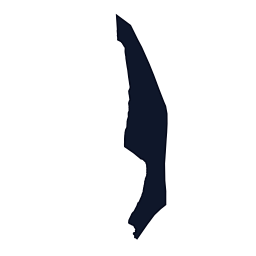 Makanza, Équateur, Democratic Republic of the Congo, rotated 126°
{"feature_id": "63176286B16264123188485", "entity_name": "Makanza", "entity_type": "district", "adm_level": 2, "iso_a3": "COD", "parent_name": "Democratic Republic of the Congo", "parent_adm1": "Équateur", "projection": "albers", "projection_center": [19.154, 1.264], "detail": "fine", "context": "isolated", "style": "filled", "palette": "ink", "viewbox_px": 256, "rotation_deg": 126, "n_neighbors": 0, "source": "geoboundaries", "source_scale": "gbopen_adm2", "svg_char_len": 2767}
<svg xmlns="http://www.w3.org/2000/svg" viewBox="0 0 256 256"><g transform="rotate(126 128 128)"><path d="M144.9,119.7L144.6,109.1L145.2,99.2L144.9,98.9L144.8,98.7L144.7,98.2L144.5,97.6L144.7,96.0L145.1,93.2L145.7,92.7L146.0,92.3L146.0,92.2L146.6,91.2L147.8,90.3L148.6,89.6L149.7,88.6L150.2,88.4L150.6,88.1L151.7,87.2L152.8,86.6L153.6,85.7L154.4,85.4L154.5,85.4L154.8,85.2L155.2,84.8L156.5,84.5L157.7,84.2L158.6,84.0L158.8,83.9L158.9,83.7L160.6,83.1L161.7,82.7L161.8,82.6L162.4,82.0L162.5,82.1L164.2,81.2L164.4,81.2L164.6,81.1L165.2,80.9L165.6,80.5L165.7,80.4L166.2,80.4L169.8,78.6L169.8,78.4L170.6,77.9L170.7,78.0L170.9,78.0L173.6,77.3L174.1,77.0L174.3,76.9L175.0,76.7L176.9,76.3L178.0,76.1L179.5,75.7L180.7,75.5L181.2,75.4L182.3,75.4L182.4,75.5L182.6,75.7L183.1,75.6L185.8,74.8L187.0,74.6L188.7,74.4L190.4,74.1L190.5,74.0L191.1,74.0L192.3,73.9L193.0,74.1L193.5,74.2L195.0,74.2L195.4,74.2L197.0,73.8L197.5,73.7L199.2,73.4L202.0,72.9L204.1,71.7L204.4,71.0L204.1,69.8L204.0,69.3L203.8,67.5L203.4,66.6L203.3,66.1L204.3,64.4L204.6,63.5L205.0,62.4L205.4,61.9L205.7,61.6L206.0,61.6L206.7,61.5L207.3,60.8L207.4,60.7L207.6,60.5L208.2,60.5L209.5,61.6L209.9,61.6L210.5,61.1L210.6,59.6L210.9,59.3L211.2,58.9L212.4,58.3L212.5,58.0L212.2,57.5L212.1,57.2L212.2,55.7L203.7,55.9L194.3,56.1L190.3,56.0L186.1,56.0L182.6,55.9L174.0,54.3L170.1,53.2L167.9,52.6L161.3,57.4L157.0,60.5L149.0,67.5L135.3,77.8L130.8,80.6L119.7,87.6L114.8,90.7L109.3,94.1L101.7,99.1L93.7,105.0L88.4,110.5L86.1,114.4L78.7,125.9L70.8,137.8L64.1,148.5L54.8,164.6L51.1,172.2L43.7,186.3L43.5,203.4L54.1,194.6L54.5,194.3L55.0,194.0L55.1,193.9L55.5,193.8L57.9,191.7L58.5,191.2L59.2,190.9L59.6,190.5L60.0,190.1L60.6,189.5L61.0,189.2L61.6,188.7L61.9,188.5L62.6,188.1L62.0,184.2L62.3,183.6L62.4,182.8L62.4,182.3L62.7,181.6L62.9,181.6L63.1,181.0L64.1,178.7L64.2,178.3L64.4,177.4L66.0,176.3L67.4,175.4L68.6,174.4L69.7,173.3L70.6,172.4L71.4,171.5L72.6,170.6L76.8,166.5L79.2,164.1L80.9,162.3L86.5,157.1L89.3,154.3L91.6,152.1L92.9,150.7L93.6,150.1L94.6,149.6L95.7,149.3L96.4,149.2L97.2,149.1L97.8,148.8L98.8,147.9L99.7,147.1L100.5,146.1L101.1,145.6L101.9,144.8L102.7,144.0L103.2,143.6L103.7,143.0L104.4,142.8L104.8,142.7L105.5,142.6L106.1,142.4L107.0,142.1L107.7,141.7L109.0,140.4L109.8,139.6L110.7,139.1L111.2,138.6L112.2,137.9L113.0,137.3L113.5,136.9L114.6,136.8L115.5,136.5L116.5,135.8L117.5,135.0L118.0,134.5L118.7,134.1L119.6,133.8L120.3,133.5L121.0,133.4L122.0,132.9L123.3,132.3L124.1,131.7L125.0,131.1L126.0,130.5L126.8,129.9L127.5,129.5L128.1,129.2L128.8,128.9L129.5,128.9L130.4,128.8L131.5,128.4L132.5,127.9L133.4,127.5L134.4,126.8L135.6,126.2L136.7,125.5L137.8,124.8L138.9,124.1L140.0,123.3L141.3,122.3L142.4,121.6L143.4,120.9L144.2,120.3L144.9,119.7Z" fill="#0f172a" stroke="#020617" stroke-width="1.5"/></g></svg>